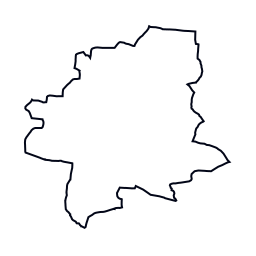 Kahama Township Authority, Shinyanga, United Republic of Tanzania (Natural Earth projection), rotated 95°
{"feature_id": "72390352B16659808480234", "entity_name": "Kahama Township Authority", "entity_type": "district", "adm_level": 2, "iso_a3": "TZA", "parent_name": "United Republic of Tanzania", "parent_adm1": "Shinyanga", "projection": "natural_earth1", "projection_center": [32.63, -3.838], "detail": "fine", "context": "isolated", "style": "outline", "palette": "ink", "viewbox_px": 256, "rotation_deg": 95, "n_neighbors": 0, "source": "geoboundaries", "source_scale": "gbopen_adm2", "svg_char_len": 5461}
<svg xmlns="http://www.w3.org/2000/svg" viewBox="0 0 256 256"><g transform="rotate(95 128 128)"><path d="M24.8,115.8L25.7,116.0L26.0,116.1L27.0,116.2L28.5,117.1L29.5,117.7L30.2,118.2L31.8,119.6L32.2,119.8L33.0,120.5L34.7,121.6L36.4,123.6L39.2,125.8L40.6,126.5L44.1,128.3L45.7,128.7L45.8,130.1L44.4,134.7L44.2,137.2L43.9,138.2L43.4,139.2L43.3,140.4L43.1,143.4L43.4,143.9L43.8,144.5L44.5,145.1L46.0,146.2L49.3,148.3L50.4,160.5L50.4,164.7L50.4,165.5L50.6,166.7L50.8,167.7L51.2,168.7L51.7,169.9L52.2,170.7L53.0,171.2L54.4,171.5L59.3,171.5L60.1,171.7L61.4,171.8L60.2,172.8L59.7,173.3L59.3,174.0L59.1,175.2L59.2,175.8L59.4,176.3L56.2,179.1L57.9,183.8L58.8,185.5L59.5,186.2L61.1,186.3L62.4,186.2L64.1,186.2L64.9,186.1L66.3,186.0L68.0,186.1L68.8,186.1L69.9,186.2L73.0,186.5L73.5,184.6L75.1,181.2L75.8,181.4L76.5,181.2L77.3,181.0L78.5,180.7L79.6,180.6L80.9,180.6L83.0,180.6L83.6,183.0L83.9,185.8L84.1,186.2L84.4,187.1L86.3,188.8L88.0,189.9L89.1,191.1L90.0,191.9L90.5,192.4L95.1,195.9L95.7,196.0L98.2,196.1L100.2,196.0L102.0,195.9L102.6,202.0L102.4,206.0L102.4,208.8L103.1,210.6L104.0,211.4L106.8,211.4L109.4,211.7L109.6,212.9L109.8,213.7L109.9,214.8L109.4,215.9L108.9,218.1L108.5,219.6L108.8,224.9L108.1,226.1L108.8,226.3L110.7,227.3L112.1,228.6L113.8,230.4L115.8,232.0L117.4,232.0L118.5,231.2L119.8,228.4L121.5,227.2L126.6,224.8L126.8,213.9L127.6,213.7L128.4,213.1L129.5,212.7L130.9,212.6L131.5,212.6L132.9,212.8L134.4,213.1L135.5,214.0L135.7,215.9L136.1,220.5L136.9,222.2L138.5,223.8L139.0,224.1L140.4,224.8L141.4,225.5L142.5,226.2L143.8,227.0L145.0,227.7L145.9,228.3L146.1,228.4L147.0,228.8L148.1,229.3L149.0,229.4L151.5,229.4L154.3,229.0L155.3,228.9L158.4,228.5L160.4,228.3L161.4,227.9L164.5,216.2L165.4,212.9L165.7,212.1L166.5,209.2L166.9,207.7L166.9,207.4L166.7,207.4L166.9,207.0L166.9,206.9L166.9,205.6L166.9,205.4L166.9,204.1L166.9,203.7L167.1,202.1L167.2,201.4L167.3,201.0L167.2,199.7L167.2,199.1L167.1,198.1L167.0,196.5L167.0,196.2L167.0,195.9L166.9,194.3L166.7,193.5L166.5,192.8L166.5,191.6L166.9,190.7L167.0,190.0L167.2,189.0L167.4,186.9L167.5,185.5L167.7,183.6L168.0,180.4L168.5,180.3L169.8,180.2L172.8,180.1L174.0,180.3L176.4,180.6L178.9,180.9L179.1,180.9L184.5,180.9L184.8,181.2L184.8,181.3L188.0,182.9L188.9,183.4L190.0,183.6L191.0,183.7L193.5,183.6L196.3,183.7L197.1,183.7L197.4,183.7L197.5,183.6L198.1,183.6L199.3,183.3L200.4,183.1L202.6,183.7L204.5,184.0L205.3,184.0L205.6,184.2L208.0,183.9L208.4,183.8L208.5,183.8L209.8,183.6L210.7,183.5L214.2,182.9L214.3,182.9L215.1,182.2L215.6,181.9L216.1,181.4L216.5,180.8L216.9,180.1L217.4,179.6L217.5,179.5L217.9,179.2L218.0,179.0L218.2,178.8L218.8,178.4L219.0,178.0L219.7,178.1L220.1,178.1L220.3,177.8L220.5,177.7L221.0,177.3L221.9,176.7L222.9,176.2L223.7,175.7L223.8,175.7L224.6,174.7L225.4,172.9L225.8,172.0L226.4,171.4L226.9,171.2L227.4,170.8L227.4,170.2L227.4,169.6L227.3,169.2L227.3,168.8L227.4,168.4L227.7,168.2L228.3,167.8L228.6,167.5L228.8,167.4L229.7,166.2L229.8,166.2L230.0,166.1L229.9,165.7L230.2,165.1L230.7,163.8L231.2,162.6L230.8,162.1L230.3,161.6L228.4,161.4L226.0,161.0L223.5,160.4L221.3,159.9L220.3,159.7L219.0,158.0L217.8,156.2L217.6,156.0L216.0,154.2L215.4,153.0L214.9,151.4L214.3,149.1L214.1,148.3L213.7,145.2L213.3,143.8L212.4,141.5L211.1,138.5L210.8,137.7L209.9,135.5L209.9,135.2L209.8,135.3L208.8,133.1L208.4,130.7L208.4,129.3L207.9,127.9L207.6,127.0L205.4,127.6L204.6,127.7L201.7,127.9L199.5,128.0L199.4,128.3L199.2,129.9L198.5,131.4L198.1,131.7L197.8,132.0L197.1,132.6L196.0,132.9L195.5,133.0L193.7,133.3L192.8,132.9L192.3,132.7L188.1,131.0L188.1,129.8L188.0,125.8L187.9,125.4L187.8,120.5L187.8,119.1L187.8,118.8L187.5,116.0L186.5,115.6L185.1,115.2L188.0,107.6L190.9,102.5L192.6,99.6L192.6,99.2L193.3,90.8L193.7,88.7L194.2,85.9L194.7,84.9L196.1,76.8L196.5,74.2L196.0,73.6L194.3,74.7L193.5,76.0L191.1,76.6L189.3,76.1L187.8,76.5L186.6,77.5L186.2,79.2L184.5,79.2L183.9,80.2L182.7,80.6L181.5,81.3L181.0,81.2L180.5,81.0L179.8,79.8L179.2,78.0L179.1,76.0L178.3,73.0L177.9,70.9L177.6,69.6L176.5,65.2L175.8,62.4L174.5,60.6L173.2,60.1L170.4,60.8L168.3,60.6L165.6,58.2L165.4,58.0L165.2,57.7L164.2,54.2L164.0,48.1L164.0,46.4L164.0,45.4L163.8,41.4L162.0,39.1L158.7,34.7L156.8,31.0L154.8,27.8L153.5,25.5L153.0,24.0L151.2,26.1L149.4,27.4L145.2,30.6L142.7,33.4L142.5,33.7L141.2,36.4L140.6,37.1L139.8,38.8L138.7,42.8L138.0,45.6L138.0,47.3L138.0,48.1L137.0,50.4L137.0,54.6L136.6,56.8L135.9,59.0L135.7,59.5L135.6,62.5L132.9,61.7L131.6,61.3L128.4,60.3L127.5,60.6L126.7,60.7L123.0,60.1L122.1,59.7L121.2,58.9L118.5,57.8L117.4,56.9L116.1,55.4L115.2,53.7L114.7,53.2L113.7,54.1L112.0,55.5L110.7,56.5L109.8,57.9L108.5,58.4L108.3,58.9L107.8,59.5L107.4,60.4L106.9,61.6L105.9,63.3L105.0,64.3L103.7,65.3L103.2,66.3L101.9,66.7L100.9,66.5L99.3,67.0L97.9,67.0L97.0,66.8L96.7,66.8L94.0,67.0L92.1,66.8L91.2,66.5L89.9,66.2L88.5,65.8L86.9,65.1L84.9,67.3L80.8,70.5L79.9,71.9L79.4,72.6L78.8,71.6L77.5,67.7L76.8,64.2L76.4,64.2L75.5,63.3L74.3,62.4L72.8,61.5L71.7,61.1L70.5,60.0L68.8,59.4L66.6,59.2L65.1,58.9L64.3,59.1L63.9,59.2L63.5,59.3L62.6,59.5L61.1,60.1L59.5,60.3L57.2,61.4L55.9,61.5L54.9,62.2L54.0,62.8L52.8,64.7L50.8,64.9L48.3,65.0L45.2,64.9L43.0,65.0L40.1,65.0L38.9,65.0L38.5,65.1L38.3,67.3L38.3,67.7L37.9,67.8L37.7,67.9L37.2,68.0L34.9,68.6L34.3,68.8L33.9,68.8L26.0,69.3L26.1,75.1L26.1,75.7L26.3,80.2L26.3,81.8L26.1,87.0L26.0,89.2L26.2,95.7L26.2,95.8L26.3,96.3L26.6,102.0L26.3,102.7L25.8,104.1L25.7,104.6L25.4,107.6L25.2,109.1L25.3,110.6L25.4,114.3L24.8,115.8Z" fill="none" stroke="#020617" stroke-width="2"/></g></svg>